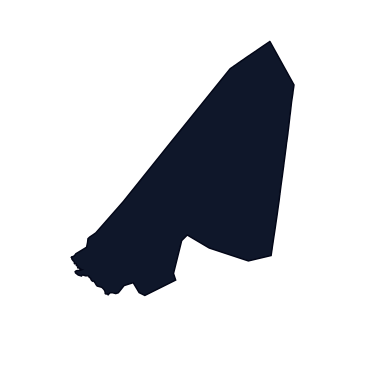 the district of Tombouctou, Timbuktu, Mali, rotated 61°
{"feature_id": "8926073B54989133575544", "entity_name": "Tombouctou", "entity_type": "district", "adm_level": 2, "iso_a3": "MLI", "parent_name": "Mali", "parent_adm1": "Timbuktu", "projection": "robinson", "projection_center": [-3.022, 20.751], "detail": "fine", "context": "isolated", "style": "filled", "palette": "ink", "viewbox_px": 384, "rotation_deg": 61, "n_neighbors": 0, "source": "geoboundaries", "source_scale": "gbopen_adm2", "svg_char_len": 2969}
<svg xmlns="http://www.w3.org/2000/svg" viewBox="0 0 384 384"><g transform="rotate(61 192 192)"><path d="M261.1,249.0L254.3,247.7L229.5,224.6L227.3,217.0L249.3,204.1L260.9,193.4L279.6,176.1L285.9,153.6L285.6,153.4L284.7,152.7L283.9,152.1L283.5,151.8L283.4,151.7L281.9,150.6L281.7,150.5L281.5,150.2L278.5,148.0L277.6,147.3L276.7,146.6L276.4,146.4L275.6,145.7L275.4,145.6L271.6,142.7L263.7,136.6L257.5,131.9L253.2,128.6L245.3,122.7L242.3,120.4L238.3,117.5L237.3,116.8L237.2,116.7L236.7,116.3L236.6,116.2L235.8,115.7L234.8,114.9L234.2,114.5L233.8,114.2L228.9,110.6L222.5,105.8L222.3,105.6L221.3,104.9L220.9,104.6L220.5,104.3L220.2,104.1L219.4,103.5L217.4,102.0L217.1,101.8L216.3,101.2L216.2,101.1L215.5,100.6L215.1,100.3L213.8,99.3L212.7,98.6L212.0,98.0L210.8,97.2L209.5,96.2L209.1,95.9L208.8,95.7L207.5,94.7L204.5,92.5L202.3,90.9L200.0,89.2L199.6,88.9L199.4,88.7L196.7,86.8L193.9,84.8L193.9,84.7L192.7,83.8L190.3,82.0L187.2,79.7L185.9,78.8L185.6,78.6L183.2,76.8L174.8,70.8L174.2,70.4L171.6,68.5L171.1,68.1L161.4,61.2L154.8,56.1L152.8,54.7L149.3,52.0L148.7,51.6L147.8,50.9L147.6,50.9L142.9,50.9L136.0,50.9L134.9,50.9L125.8,50.9L114.2,50.9L105.9,50.9L101.1,50.9L98.3,50.9L98.1,51.0L98.2,51.7L98.3,53.1L98.9,59.9L100.0,71.6L100.6,78.5L101.2,84.2L101.3,85.9L101.4,86.1L101.6,88.6L101.8,90.2L101.8,90.6L101.9,90.8L102.1,92.9L102.1,93.5L102.2,94.4L102.3,94.8L102.4,95.6L102.4,95.9L102.5,97.0L102.6,98.2L102.7,98.7L102.7,98.9L128.8,163.1L138.2,186.3L167.1,256.8L181.1,295.9L181.5,299.6L181.8,303.3L182.4,305.6L185.5,307.8L189.2,311.0L189.6,320.5L189.7,323.4L189.7,323.5L190.1,324.3L190.4,325.0L190.7,325.9L190.8,326.9L190.7,327.7L190.4,328.4L190.4,328.8L190.7,329.3L191.4,329.1L192.2,329.5L192.9,329.5L193.5,329.4L194.2,329.3L194.7,329.2L194.8,329.2L195.1,328.9L195.5,328.9L196.0,328.9L196.9,329.2L197.5,329.5L197.8,329.4L197.8,329.2L197.9,328.9L198.0,328.9L198.1,328.5L198.2,328.4L198.5,328.3L198.8,328.4L199.0,328.3L199.2,328.1L199.7,328.2L199.8,328.3L199.9,328.5L200.1,328.7L200.3,328.7L200.5,328.5L200.8,328.4L201.1,328.2L201.5,327.9L201.9,327.9L202.2,328.0L202.4,328.1L202.6,328.5L202.8,328.7L203.1,328.6L203.4,328.1L203.4,327.9L203.6,327.7L204.0,327.5L204.1,327.3L204.3,327.2L204.6,327.3L204.9,327.3L205.1,327.4L205.4,327.3L205.4,327.2L205.5,327.0L205.5,326.8L205.5,326.7L205.8,326.5L206.1,326.7L206.3,326.7L206.6,326.2L206.6,326.9L205.5,329.6L205.0,330.6L204.8,331.8L205.0,332.8L206.3,333.1L209.4,331.8L211.9,329.4L211.5,328.4L211.6,327.7L212.7,326.7L213.8,325.6L213.9,325.3L215.1,323.2L215.7,323.1L216.3,323.3L216.9,323.1L217.8,322.7L218.7,322.5L219.3,322.7L220.3,322.7L221.2,322.5L222.0,322.0L222.3,321.0L222.9,320.7L223.5,321.0L224.4,320.8L226.7,320.8L228.3,320.5L231.4,317.3L231.9,317.0L233.6,316.5L235.0,316.2L237.6,316.4L238.1,316.9L238.8,317.1L239.5,316.7L240.2,315.4L241.2,315.2L240.4,312.6L241.5,310.4L243.9,307.9L244.4,305.4L243.6,303.3L240.9,296.8L242.8,287.4L254.4,287.0L259.6,283.4L261.1,249.0Z" fill="#0f172a" stroke="#020617" stroke-width="1.5"/></g></svg>